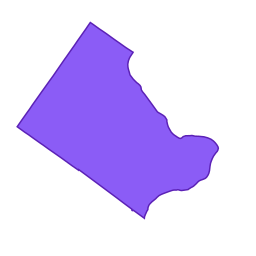 East Fremantle, Western Australia, Australia (Natural Earth projection), rotated 126°
{"feature_id": "25037944B65528874584429", "entity_name": "East Fremantle", "entity_type": "district", "adm_level": 2, "iso_a3": "AUS", "parent_name": "Australia", "parent_adm1": "Western Australia", "projection": "natural_earth1", "projection_center": [115.768, -32.037], "detail": "fine", "context": "isolated", "style": "filled", "palette": "violet", "viewbox_px": 256, "rotation_deg": 126, "n_neighbors": 0, "source": "geoboundaries", "source_scale": "gbopen_adm2", "svg_char_len": 2270}
<svg xmlns="http://www.w3.org/2000/svg" viewBox="0 0 256 256"><g transform="rotate(126 128 128)"><path d="M191.4,61.7L190.4,62.3L189.4,62.7L188.7,62.8L188.1,63.1L187.2,63.2L185.0,63.7L183.8,63.9L183.0,63.9L182.3,64.0L181.4,64.6L180.5,65.1L179.3,65.4L178.4,65.7L176.4,65.7L173.3,65.2L172.3,64.9L168.9,64.0L167.2,63.8L164.5,63.2L162.1,62.0L160.0,60.7L156.1,58.1L153.5,56.3L152.3,55.4L152.2,55.3L151.2,54.4L150.2,53.0L149.6,52.2L148.7,51.5L148.1,50.3L147.9,49.6L147.5,48.6L147.0,47.8L142.5,43.2L141.9,43.1L141.0,42.7L139.1,42.0L138.4,41.6L138.0,41.4L136.6,40.8L133.3,40.1L130.2,39.7L128.8,39.3L127.4,38.5L125.7,37.3L123.6,36.0L121.9,35.5L120.9,35.5L119.0,35.6L117.1,36.0L114.6,37.0L110.7,39.2L108.0,40.5L105.8,41.2L102.9,41.9L100.3,42.3L96.4,42.3L94.5,42.1L93.1,42.3L92.9,42.4L91.3,43.0L90.3,44.2L89.4,46.3L88.8,48.4L88.6,49.3L88.3,51.3L88.3,54.2L89.1,57.7L90.5,61.4L91.8,63.6L93.2,66.0L95.2,68.9L96.2,71.3L96.5,71.9L98.1,73.7L98.4,74.2L99.3,75.3L100.3,76.7L101.3,77.4L102.5,78.3L104.5,78.7L105.4,79.2L106.1,80.3L106.4,82.6L106.4,83.9L106.5,85.3L106.5,87.5L106.0,90.5L105.0,92.7L104.3,94.3L103.4,96.1L102.1,97.9L99.8,100.5L98.6,101.3L97.7,103.5L97.2,104.8L97.1,106.8L97.3,109.6L97.6,112.1L97.7,113.6L94.8,122.4L91.0,134.2L90.2,137.4L89.3,139.6L87.2,141.7L86.5,143.3L86.2,145.7L86.2,147.5L85.9,149.5L85.4,152.5L84.2,156.5L83.8,157.7L82.0,159.9L81.1,161.1L80.0,162.5L78.7,163.9L76.5,165.7L73.3,167.2L70.2,168.0L67.7,168.2L64.5,168.3L63.7,168.4L63.8,169.1L64.2,176.9L64.4,191.9L64.4,193.5L64.4,195.9L64.4,199.6L64.4,200.7L64.5,204.6L64.6,207.3L64.7,209.7L64.7,216.9L64.8,220.5L69.7,220.4L72.1,220.3L79.5,220.2L86.9,220.1L93.0,219.9L94.3,219.9L101.7,219.8L106.5,219.7L107.4,219.7L109.3,219.7L118.0,219.5L129.5,219.2L133.9,219.2L146.9,219.1L149.0,219.1L156.4,219.0L165.4,218.9L170.5,218.7L174.5,218.7L182.7,218.6L183.4,218.6L192.1,218.4L192.1,208.9L191.9,204.5L191.9,199.3L191.8,189.6L191.7,186.6L191.7,180.1L191.5,170.4L191.4,164.7L191.4,160.7L191.4,150.9L191.2,143.2L190.6,143.4L190.9,113.3L191.0,104.8L191.1,96.1L191.3,86.1L191.4,77.0L191.5,77.0L191.8,76.9L192.0,76.8L192.1,76.7L192.2,76.4L192.3,76.2L192.2,76.0L192.2,75.8L192.1,75.7L191.9,75.5L191.8,75.4L191.7,75.4L191.4,75.3L191.4,69.7L191.4,65.7L191.4,61.7Z" fill="#8b5cf6" stroke="#5b21b6" stroke-width="1.5"/></g></svg>